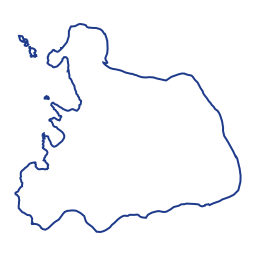 Nyamagana, Mwanza, United Republic of Tanzania
{"feature_id": "72390352B17873975087440", "entity_name": "Nyamagana", "entity_type": "district", "adm_level": 2, "iso_a3": "TZA", "parent_name": "United Republic of Tanzania", "parent_adm1": "Mwanza", "projection": "albers", "projection_center": [32.9, -2.576], "detail": "fine", "context": "isolated", "style": "outline", "palette": "blue", "viewbox_px": 256, "rotation_deg": 0, "n_neighbors": 0, "source": "geoboundaries", "source_scale": "gbopen_adm2", "svg_char_len": 5522}
<svg xmlns="http://www.w3.org/2000/svg" viewBox="0 0 256 256"><path d="M66.9,42.2L62.2,48.0L61.1,48.0L61.3,48.9L58.4,51.5L57.3,51.8L55.1,50.9L54.6,50.7L54.3,50.1L53.4,49.9L52.7,50.3L51.9,51.7L49.5,53.4L48.4,55.2L48.2,56.6L47.9,56.7L47.7,57.3L47.8,58.8L48.4,60.5L48.1,61.5L47.7,62.1L47.8,62.7L47.5,63.0L47.8,63.6L48.5,64.0L49.5,65.0L51.0,65.4L52.4,66.3L53.0,67.1L53.9,67.3L56.3,66.7L57.6,66.1L58.6,64.9L59.7,64.0L62.1,60.9L62.4,60.4L62.5,58.9L63.8,57.8L64.1,57.1L66.1,57.2L67.5,58.7L68.1,63.5L68.5,65.5L68.2,67.1L68.2,69.0L68.6,69.8L68.7,70.8L67.7,70.8L67.6,71.4L68.7,71.3L69.1,74.0L69.4,74.5L69.4,76.7L69.6,78.1L70.7,78.9L71.7,80.7L72.3,82.5L74.4,85.9L74.8,88.7L76.1,91.9L76.3,93.6L76.8,94.3L77.5,94.8L78.2,96.6L79.1,97.5L79.4,99.4L81.1,100.9L80.7,104.0L80.4,104.7L79.3,105.2L79.4,107.1L79.2,107.7L78.9,108.5L77.0,110.7L76.4,110.7L72.7,109.1L71.3,109.4L69.7,110.3L68.0,110.8L65.9,110.3L62.7,108.8L61.5,107.7L60.3,107.3L56.8,104.8L54.9,104.2L53.4,102.8L52.7,102.7L51.8,103.4L51.4,104.0L51.3,105.3L53.7,107.7L53.7,108.6L53.9,109.2L55.3,109.8L56.6,111.6L57.7,112.5L57.6,113.1L58.4,113.9L58.9,115.6L61.0,116.0L61.3,116.7L60.5,117.8L60.0,119.8L59.5,120.4L57.3,119.7L54.5,117.9L53.9,117.7L53.1,118.0L52.7,118.6L50.5,119.0L49.4,119.8L49.4,120.4L49.5,120.7L50.0,120.8L50.2,120.5L50.8,121.1L51.3,121.1L52.6,123.5L53.3,125.7L54.5,126.7L56.6,127.2L57.6,128.7L60.8,130.9L62.8,132.7L63.6,134.0L64.3,135.8L64.1,137.9L62.3,140.9L56.5,145.8L54.4,146.7L53.7,146.6L52.5,145.9L51.1,144.2L50.5,141.9L48.9,139.2L48.0,136.5L47.0,136.2L45.0,136.3L44.3,135.7L44.1,135.4L44.3,134.8L43.9,134.5L43.8,133.4L43.3,133.7L43.2,134.2L42.8,134.3L42.7,134.5L42.8,134.9L42.6,135.8L43.7,136.2L44.2,137.5L43.8,137.3L43.1,137.8L43.1,138.3L43.2,138.6L43.6,138.6L43.7,139.8L42.8,140.9L43.7,141.4L43.7,142.5L42.9,143.7L42.8,144.5L43.5,145.2L43.5,146.4L43.3,147.0L42.8,147.2L42.8,147.7L43.0,148.2L46.3,150.4L47.0,151.2L47.4,152.2L47.4,152.9L46.9,154.3L45.3,156.1L45.2,157.1L44.2,158.2L44.2,159.7L43.6,160.3L44.0,160.6L45.2,160.7L45.4,161.7L46.0,162.5L47.1,163.4L47.1,163.8L47.6,164.4L48.1,164.5L48.2,165.5L47.7,166.1L48.0,168.1L47.6,168.2L47.2,169.1L46.4,168.9L45.3,169.4L42.6,168.9L39.1,169.3L38.0,169.0L36.1,167.1L35.5,166.1L35.8,165.3L35.9,164.4L34.9,163.3L35.4,163.1L35.5,162.6L35.2,162.4L33.6,162.5L30.8,163.2L29.5,163.8L28.3,165.1L27.7,166.0L24.7,168.3L23.6,169.5L22.1,170.6L20.9,172.2L20.7,174.4L21.0,176.6L20.4,177.8L20.4,178.7L21.2,180.2L21.2,181.4L21.8,182.5L22.3,182.8L22.3,184.0L22.0,184.9L22.1,186.3L20.4,187.4L19.9,188.3L19.0,189.3L18.3,191.0L18.0,191.5L16.0,192.4L15.4,193.0L15.4,193.7L15.8,194.4L17.0,194.9L18.8,197.0L19.3,200.7L18.9,201.7L19.0,203.2L18.7,205.9L18.7,208.1L22.3,212.2L23.8,212.7L26.5,214.5L27.6,215.0L30.0,215.3L31.0,216.3L32.2,218.6L31.9,221.0L32.4,222.1L31.7,223.2L32.0,224.0L33.0,223.8L33.0,224.0L33.6,224.0L35.2,223.9L37.3,224.4L39.4,225.5L40.1,226.2L41.3,228.1L42.0,228.4L42.5,229.0L45.3,229.7L48.2,228.2L53.9,222.8L56.4,221.0L57.9,220.2L59.2,219.1L63.2,213.6L64.8,211.9L67.2,210.9L72.3,210.4L76.0,210.7L79.4,212.4L81.3,213.6L82.1,214.4L84.2,216.0L85.8,221.1L86.7,222.5L88.1,223.8L92.3,226.9L96.6,231.7L100.5,232.0L103.7,231.1L105.8,230.1L108.5,228.4L110.0,227.3L112.0,224.8L114.4,222.9L117.5,219.8L120.1,217.7L122.6,216.2L124.8,215.6L126.2,215.9L127.8,215.9L129.7,214.8L134.0,214.9L137.5,214.6L138.8,215.3L139.7,216.4L142.1,217.4L146.0,217.8L146.6,216.6L148.3,214.5L152.0,212.6L156.9,211.3L158.9,211.1L163.7,212.0L166.4,211.7L170.4,209.5L173.8,207.0L178.6,205.8L181.3,204.3L184.4,204.2L186.4,203.6L194.7,204.0L198.5,204.4L200.3,205.8L202.1,206.4L204.8,205.7L204.9,205.1L206.3,204.6L208.6,204.2L209.5,205.1L213.6,203.2L219.5,201.2L222.2,199.5L229.3,197.0L233.8,194.7L238.3,190.3L240.4,182.0L240.6,175.9L239.7,169.0L237.3,158.8L236.2,156.7L235.8,157.0L233.3,151.5L227.8,141.6L224.2,135.9L223.0,130.6L223.1,127.8L222.1,121.4L220.1,115.2L219.0,112.9L217.7,110.9L215.1,109.0L213.6,106.7L211.6,104.7L210.4,102.8L208.9,101.3L207.0,98.3L205.0,95.8L203.4,93.6L202.6,91.4L202.7,91.2L200.7,88.4L197.6,82.5L194.8,79.7L192.5,76.4L191.3,75.5L187.7,74.8L184.1,73.5L181.7,73.5L178.3,74.4L171.3,76.9L166.2,80.4L165.6,80.4L156.5,78.4L153.9,77.5L150.9,77.2L148.3,77.2L146.1,77.5L142.0,77.2L138.3,76.1L136.5,75.2L134.2,74.7L132.6,73.9L130.9,73.8L125.8,72.6L120.9,70.5L116.2,69.4L112.8,68.9L109.7,67.9L105.6,65.1L103.5,63.0L103.4,62.5L105.5,63.2L106.4,63.2L107.1,62.9L107.3,62.4L105.8,60.1L105.3,58.2L107.2,53.3L107.6,48.9L107.3,41.2L106.4,37.9L105.0,33.9L104.4,33.9L102.5,31.1L101.8,30.3L100.0,29.1L96.2,28.0L92.3,27.9L89.6,27.6L88.8,27.7L86.7,26.7L85.9,25.3L84.1,24.6L80.5,24.0L78.7,24.2L75.2,26.1L71.8,26.5L71.1,26.4L70.5,27.3L68.9,31.1L68.8,36.4L66.9,42.2ZM30.6,48.5L30.1,46.9L29.4,47.0L29.3,48.0L30.1,49.5L30.1,50.2L29.6,50.6L29.6,51.1L29.9,51.3L29.8,52.8L31.1,54.1L31.1,54.6L30.6,55.8L31.2,56.2L31.3,56.8L31.7,56.8L32.2,55.8L32.6,55.7L33.7,55.8L34.2,56.7L35.2,56.8L35.7,56.0L36.3,56.0L36.2,55.0L35.1,54.5L34.3,53.0L35.0,52.7L35.7,50.9L35.1,50.6L35.1,49.9L34.7,49.4L33.6,48.7L32.1,48.2L30.6,48.5ZM20.2,35.9L19.0,35.9L19.8,39.0L20.4,40.3L22.0,41.5L22.7,41.6L23.1,41.9L24.7,41.5L25.2,41.9L25.4,42.3L25.3,43.8L24.7,44.7L24.7,45.4L25.7,45.9L26.3,46.0L27.6,45.4L28.4,44.6L26.4,42.3L26.6,42.0L27.2,42.2L27.6,42.0L27.3,40.8L27.0,40.2L26.5,39.6L25.4,39.2L24.8,39.3L24.7,39.6L23.6,39.7L23.8,39.0L23.0,38.2L23.0,37.4L22.5,36.6L22.2,36.5L21.8,36.1L20.8,36.3L20.2,35.9ZM48.9,98.3L48.0,96.7L46.9,96.5L46.9,96.3L46.5,96.1L44.8,97.4L44.6,98.0L44.7,98.6L46.2,98.6L46.7,98.4L47.9,99.0L48.6,99.0L48.9,98.3Z" fill="none" stroke="#1e3a8a" stroke-width="2"/></svg>